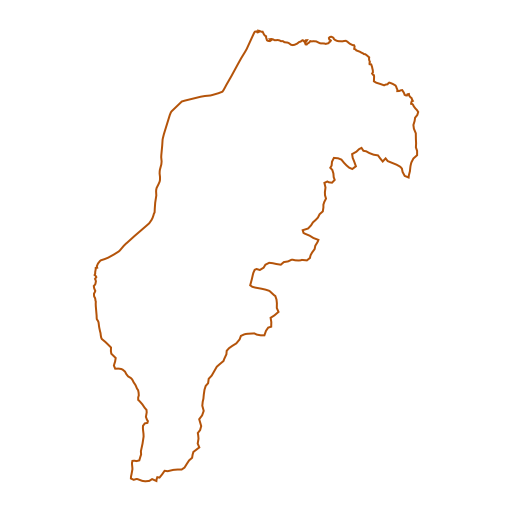 Sigowet/Soin, Rift Valley, Kenya
{"feature_id": "3690345B8364842533504", "entity_name": "Sigowet/Soin", "entity_type": "district", "adm_level": 2, "iso_a3": "KEN", "parent_name": "Kenya", "parent_adm1": "Rift Valley", "projection": "mercator", "projection_center": [35.118, -0.326], "detail": "fine", "context": "isolated", "style": "outline", "palette": "amber", "viewbox_px": 512, "rotation_deg": 0, "n_neighbors": 0, "source": "geoboundaries", "source_scale": "gbopen_adm2", "svg_char_len": 5937}
<svg xmlns="http://www.w3.org/2000/svg" viewBox="0 0 512 512"><path d="M418.2,112.0L416.8,109.9L415.5,108.6L413.8,106.4L413.2,105.1L412.4,104.1L411.1,103.8L411.3,102.5L411.7,101.3L412.8,100.9L412.1,99.6L411.5,98.0L410.4,97.2L409.1,95.5L408.9,94.0L407.4,94.3L406.9,95.5L405.8,95.4L404.6,94.8L404.2,93.5L403.6,92.3L402.2,90.1L400.9,90.3L399.2,91.0L397.3,91.1L397.4,89.7L396.6,88.0L396.2,86.7L395.5,85.5L392.9,84.0L391.3,83.3L390.2,82.9L389.2,82.6L388.4,83.2L387.5,84.3L385.6,84.6L384.1,85.3L380.1,83.9L376.2,82.7L373.9,81.3L374.1,76.6L373.9,75.2L373.0,74.8L372.1,73.5L372.9,72.4L372.8,70.2L372.3,68.2L372.0,66.7L371.2,64.4L369.6,64.2L369.5,63.0L369.9,61.9L369.3,60.5L369.0,59.0L369.2,57.4L366.4,55.0L365.2,54.2L363.9,54.1L362.9,53.3L361.3,52.6L360.2,51.9L359.0,51.4L356.3,50.4L355.6,49.5L354.2,48.9L354.6,46.4L354.0,45.2L352.6,45.1L350.1,43.9L348.6,42.8L347.4,41.7L345.8,40.8L344.0,41.0L342.6,41.3L341.4,41.3L338.6,41.2L337.1,40.9L335.3,40.1L333.9,39.0L333.4,37.8L332.4,37.2L331.1,36.7L329.6,37.2L328.9,38.0L329.3,39.5L330.8,40.5L330.3,41.5L329.2,42.2L328.5,43.2L325.7,43.9L324.3,43.5L322.6,43.4L320.9,43.4L319.6,43.1L316.2,41.4L313.4,41.2L311.7,41.4L310.3,41.1L309.5,42.2L308.5,43.0L307.4,43.6L306.7,44.5L305.6,44.4L305.0,42.8L306.2,41.5L307.0,40.2L305.6,40.3L304.8,41.2L303.7,41.3L302.8,40.2L301.8,40.6L300.7,41.6L299.2,42.0L297.0,43.7L294.5,44.8L292.7,45.1L291.1,44.8L288.8,43.1L287.6,42.6L284.3,42.2L283.4,41.4L282.3,41.1L281.0,41.2L279.5,40.4L277.6,40.0L276.2,40.2L274.5,40.2L273.3,39.5L272.3,39.2L271.3,39.0L270.0,39.2L271.2,40.2L269.9,41.1L268.1,40.9L267.0,40.3L266.1,37.6L266.1,36.3L265.0,35.7L264.0,34.5L262.6,31.7L261.5,31.8L259.4,30.9L258.3,30.7L258.6,32.1L257.4,32.4L256.5,31.4L254.9,31.7L254.2,32.7L252.0,37.4L246.7,49.0L245.1,51.8L241.3,58.0L237.8,64.3L231.4,76.1L226.4,84.8L224.7,88.0L223.4,90.3L222.4,91.7L218.5,93.2L212.7,94.9L210.4,95.5L204.9,96.0L200.8,96.7L184.9,100.6L181.8,101.5L171.6,111.3L170.9,112.3L169.8,115.0L163.9,134.1L162.9,138.1L162.6,139.5L162.2,145.6L161.3,155.1L161.2,157.2L161.6,161.3L161.5,162.7L161.3,164.5L159.9,169.7L159.7,171.2L159.6,173.5L160.0,176.9L160.0,179.3L159.9,180.5L159.6,181.7L158.6,184.0L156.6,188.0L156.2,189.8L156.1,191.4L156.3,195.5L155.2,202.7L154.8,208.2L154.6,212.3L153.8,214.0L153.5,215.2L152.6,217.8L151.5,220.0L149.2,223.3L145.9,226.2L134.3,236.2L126.9,242.9L126.0,243.6L123.7,245.9L119.8,250.5L118.7,251.5L113.9,254.5L108.1,257.7L104.6,259.1L100.9,260.3L100.0,261.0L98.0,263.5L96.8,266.2L97.2,267.7L95.7,268.0L95.7,269.3L95.2,272.0L95.2,273.5L94.6,275.0L95.5,275.7L96.3,277.1L95.0,278.9L95.6,280.1L95.9,281.3L95.4,283.9L94.8,284.9L93.8,286.0L94.1,288.0L94.6,289.4L95.3,290.9L94.8,292.2L94.0,293.6L94.0,295.2L94.2,296.6L94.9,297.7L95.3,299.0L95.4,300.2L95.8,301.7L95.7,303.8L95.8,306.3L96.6,315.5L96.7,318.3L96.9,319.4L97.8,320.6L98.5,322.2L98.8,324.3L99.0,326.1L99.3,327.9L100.1,331.6L100.5,333.0L100.8,335.5L101.2,337.6L101.8,339.0L105.3,341.9L107.7,344.2L111.0,347.5L110.9,351.1L111.3,353.7L115.7,358.0L115.1,361.6L114.3,364.1L113.9,365.6L115.2,368.7L118.5,368.6L121.2,369.0L122.6,369.6L125.0,371.6L126.3,374.1L128.1,376.4L130.8,378.0L131.8,379.0L132.6,380.2L133.7,382.4L135.2,384.6L135.7,385.5L137.0,388.6L138.1,390.2L138.6,392.6L138.8,395.4L138.2,397.4L138.2,399.9L139.2,400.8L140.4,402.1L142.4,404.4L144.6,407.7L146.5,409.9L146.7,412.4L145.9,416.9L147.0,419.8L147.9,421.1L147.4,422.9L144.8,423.4L143.0,425.8L142.9,427.9L143.0,429.6L143.5,433.9L143.6,436.6L142.5,443.8L140.9,451.2L141.1,454.5L140.2,457.3L139.3,460.4L136.5,461.1L134.2,460.7L132.4,460.9L132.0,462.9L132.0,464.1L132.4,468.2L132.4,469.4L131.5,474.3L131.0,476.6L130.9,478.5L133.7,479.8L136.4,479.0L137.5,479.1L142.3,480.9L145.3,481.3L149.3,480.9L152.1,479.1L156.4,481.0L156.6,479.3L157.3,477.2L159.5,477.6L162.1,474.4L164.6,470.8L167.7,471.2L173.2,469.9L178.0,469.5L181.7,469.5L184.5,467.6L186.8,463.9L189.1,460.4L192.1,457.8L192.6,454.7L193.4,451.9L199.3,447.4L197.7,443.6L198.5,438.7L198.2,435.3L197.8,433.0L200.1,430.1L201.2,426.1L199.2,419.2L202.1,415.4L203.7,410.9L202.3,405.7L202.7,401.8L203.4,398.7L203.8,394.5L204.5,389.7L205.7,385.9L208.1,383.2L208.7,378.8L211.7,375.6L216.8,366.7L220.0,363.9L223.5,361.0L224.2,359.0L226.4,354.3L226.7,350.8L229.0,348.2L232.4,345.8L236.3,343.4L239.6,339.4L240.9,335.9L244.2,334.4L245.7,334.0L247.3,333.8L254.3,333.4L256.8,334.6L260.6,335.3L264.4,335.3L266.0,330.8L268.2,327.6L271.2,326.7L271.3,322.1L270.6,317.8L274.4,315.4L278.5,311.9L276.8,308.0L276.9,303.3L276.5,299.6L275.3,296.0L274.1,295.2L269.9,291.3L268.9,290.7L265.4,289.6L261.4,288.7L255.3,287.6L252.3,286.8L250.2,285.3L251.8,279.3L252.9,274.5L253.4,272.7L254.7,269.8L256.6,269.0L259.8,270.0L263.6,267.7L265.4,264.7L269.2,262.8L272.7,263.2L276.3,264.0L280.8,264.7L283.8,262.1L288.1,261.4L291.4,259.8L292.6,259.7L295.2,260.3L298.7,260.5L300.7,260.3L301.9,259.9L306.9,260.4L310.0,257.9L310.2,256.6L310.7,255.0L312.1,252.5L314.6,249.1L315.3,245.7L317.1,242.8L317.9,241.3L318.4,239.9L313.4,238.0L309.7,235.7L304.7,233.6L303.5,232.9L302.7,230.2L307.2,228.8L308.1,228.5L311.1,225.3L312.9,222.4L314.6,220.9L315.8,219.8L317.9,217.6L319.6,214.2L322.8,211.4L323.4,207.5L323.4,204.7L324.3,201.9L326.0,198.6L325.0,195.2L324.9,192.1L325.5,187.5L324.4,182.9L327.3,181.5L328.8,182.3L332.0,182.7L334.7,179.9L333.7,177.2L333.4,173.5L332.3,169.9L330.3,167.8L331.6,165.6L332.0,161.7L333.9,157.9L338.1,158.3L341.4,159.6L344.0,162.8L346.5,165.4L349.2,167.7L352.3,169.0L355.9,166.3L354.1,161.3L352.7,157.9L352.1,154.1L356.4,151.7L359.0,149.2L361.5,147.9L363.4,150.8L366.2,151.3L369.2,153.0L373.6,154.7L378.0,155.4L380.1,158.3L382.7,161.5L385.6,158.4L387.7,161.1L396.6,164.7L400.0,166.6L400.9,167.4L401.9,168.6L402.6,172.0L404.7,175.9L408.6,177.5L408.8,175.6L409.9,171.3L410.3,167.6L410.5,166.0L411.1,163.4L411.4,162.4L413.4,158.5L417.1,155.2L417.1,150.9L415.9,147.4L416.1,143.4L415.9,139.0L415.8,133.3L413.9,128.7L413.4,125.0L414.6,121.0L415.1,117.7L417.3,115.0L418.2,112.0Z" fill="none" stroke="#b45309" stroke-width="2"/></svg>